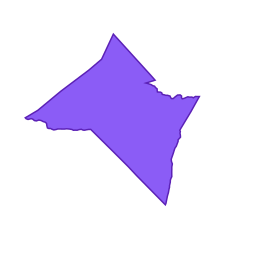 Camalaú, Paraíba, Brazil, rotated 53°
{"feature_id": "56859067B1545976876793", "entity_name": "Camalaú", "entity_type": "district", "adm_level": 2, "iso_a3": "BRA", "parent_name": "Brazil", "parent_adm1": "Paraíba", "projection": "equal_earth", "projection_center": [-36.768, -7.907], "detail": "fine", "context": "isolated", "style": "filled", "palette": "violet", "viewbox_px": 256, "rotation_deg": 53, "n_neighbors": 0, "source": "geoboundaries", "source_scale": "gbopen_adm2", "svg_char_len": 1491}
<svg xmlns="http://www.w3.org/2000/svg" viewBox="0 0 256 256"><g transform="rotate(53 128 128)"><path d="M211.8,144.4L211.0,143.0L209.9,141.8L207.7,139.3L206.0,137.4L204.0,134.7L201.5,132.0L200.3,130.5L199.0,129.5L196.8,126.9L195.1,125.5L194.2,124.2L193.2,122.3L191.0,120.7L189.0,119.2L187.5,118.0L185.4,116.4L183.4,114.2L180.8,113.4L178.9,112.2L177.1,109.5L175.4,107.0L173.8,104.8L172.4,102.8L171.6,100.4L168.8,96.0L167.6,95.1L166.9,91.6L165.1,90.4L163.4,89.6L162.3,88.3L161.0,88.0L160.1,86.0L152.9,68.1L145.8,52.1L144.6,53.7L143.4,55.2L143.2,57.6L141.7,58.4L140.4,60.3L139.1,61.4L138.6,63.3L138.1,65.4L137.3,67.1L135.9,67.0L134.7,66.0L133.0,66.4L131.5,68.6L131.5,71.7L131.7,74.2L130.6,75.6L129.3,75.6L127.8,75.2L125.6,76.8L124.7,78.1L123.4,79.0L121.8,80.4L120.2,79.9L119.0,80.4L118.0,81.6L116.9,82.8L115.7,82.2L114.3,81.2L112.2,81.7L110.6,81.6L109.2,82.7L107.3,83.4L105.7,84.5L104.3,85.5L102.9,86.6L106.1,77.6L100.8,78.0L44.2,83.2L57.2,107.7L58.2,124.6L58.2,159.6L59.6,189.5L58.0,203.9L59.3,203.8L61.0,202.7L62.3,199.7L63.7,198.7L65.7,198.3L67.2,196.9L68.0,194.4L69.7,192.9L71.8,191.9L73.6,190.6L75.3,190.3L77.5,191.5L79.5,192.3L80.8,191.5L81.7,190.2L83.2,189.5L84.9,188.4L85.9,186.4L86.5,184.7L88.1,182.6L89.4,181.0L90.6,179.4L91.7,177.5L93.8,175.2L95.5,173.6L96.9,173.0L97.9,171.5L99.2,169.9L99.8,168.1L100.9,166.1L102.7,165.1L103.7,163.9L104.4,162.3L105.4,160.4L106.7,158.6L141.1,153.6L158.0,151.2L171.0,149.8L211.8,144.4Z" fill="#8b5cf6" stroke="#5b21b6" stroke-width="1.5"/></g></svg>